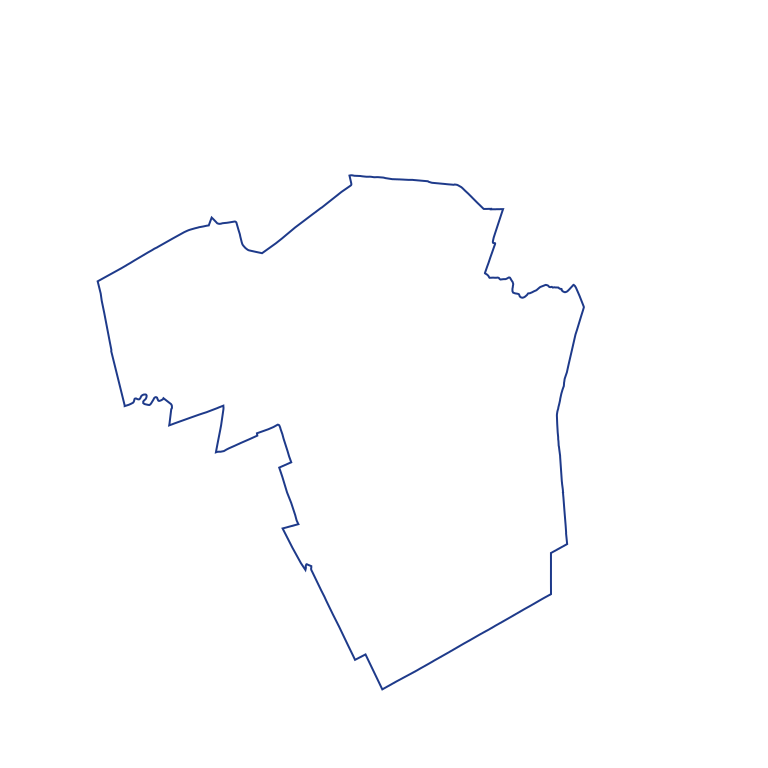 outline of Iepuresti, Giurgiu, Romania, rotated 318°
{"feature_id": "2599482B53463845367908", "entity_name": "Iepuresti", "entity_type": "district", "adm_level": 2, "iso_a3": "ROU", "parent_name": "Romania", "parent_adm1": "Giurgiu", "projection": "robinson", "projection_center": [25.884, 44.251], "detail": "fine", "context": "isolated", "style": "outline", "palette": "blue", "viewbox_px": 768, "rotation_deg": 318, "n_neighbors": 0, "source": "geoboundaries", "source_scale": "gbopen_adm2", "svg_char_len": 6142}
<svg xmlns="http://www.w3.org/2000/svg" viewBox="0 0 768 768"><g transform="rotate(318 384 384)"><path d="M359.5,650.0L367.5,651.9L375.9,642.5L387.0,630.2L395.0,621.3L413.0,625.5L419.3,616.9L420.0,616.2L424.3,610.7L432.0,600.6L434.3,597.6L441.4,588.4L442.5,586.9L444.1,584.8L444.3,584.4L444.6,584.4L445.0,583.7L445.9,582.6L447.1,580.9L449.7,577.1L450.0,576.8L450.4,576.2L451.1,575.2L454.4,571.0L465.9,556.3L466.9,555.1L470.4,550.0L472.3,547.3L472.4,546.9L473.8,545.2L475.4,543.2L476.5,541.6L477.9,540.0L480.7,536.2L485.9,529.7L487.9,527.3L489.4,525.5L491.4,523.1L492.3,522.2L494.5,520.4L496.2,519.3L496.8,519.0L498.0,518.0L500.7,516.2L503.8,514.0L505.1,512.9L508.0,510.8L509.4,509.8L511.2,508.7L512.8,507.7L515.0,506.5L516.2,505.9L517.6,504.6L518.1,504.1L518.7,503.5L519.9,502.6L520.2,502.3L520.7,501.9L521.5,501.2L522.0,500.9L523.0,500.3L523.4,500.1L524.8,499.3L527.7,497.7L530.9,495.4L533.7,493.4L548.4,483.1L556.5,477.4L559.5,475.3L563.5,473.0L576.4,465.2L581.0,462.5L582.6,461.5L583.9,460.7L584.1,460.4L584.4,459.7L588.3,449.3L591.1,440.9L591.5,438.8L591.3,437.7L591.3,437.2L591.1,437.1L584.6,437.7L582.3,437.8L581.1,437.5L579.9,436.9L579.4,436.1L578.9,434.8L578.8,433.7L578.9,433.0L579.4,432.6L579.5,432.2L579.3,431.9L578.5,431.0L578.2,430.1L578.1,429.0L577.7,428.6L577.2,428.1L576.1,427.1L575.3,426.1L574.7,425.7L574.0,425.3L573.9,425.0L573.7,424.1L572.4,423.3L572.0,422.8L571.7,422.0L571.8,421.2L571.7,420.5L571.3,419.7L570.7,418.8L570.4,418.5L568.8,417.9L565.1,416.5L564.1,416.4L560.0,416.3L557.3,415.4L555.6,415.0L553.0,414.1L552.4,413.6L552.0,413.3L551.6,413.1L550.0,413.5L548.0,413.5L546.6,413.4L545.5,413.0L544.7,412.6L543.9,411.6L543.6,410.6L543.5,409.8L543.9,408.9L544.2,407.9L544.3,407.5L544.0,406.9L543.4,406.0L542.1,404.4L541.6,403.5L541.1,402.5L541.4,401.5L541.5,401.1L542.4,400.0L543.4,399.0L544.4,398.3L545.4,397.4L546.7,396.4L547.1,395.9L547.9,394.1L548.1,392.3L548.4,391.1L548.5,390.4L548.6,390.0L548.7,389.6L548.7,389.2L548.4,388.7L548.1,388.4L547.5,388.2L546.3,388.0L544.7,387.5L544.4,387.3L543.3,386.3L541.5,385.0L540.7,384.5L540.5,384.3L540.3,383.9L540.2,383.3L540.3,382.1L540.1,381.6L539.7,381.0L539.0,380.5L538.3,380.0L537.4,379.1L535.8,377.6L533.5,375.7L533.5,375.3L533.6,374.9L533.9,373.6L533.9,372.6L533.8,371.6L533.1,369.3L533.2,369.1L533.4,369.0L539.2,365.8L542.8,363.9L547.9,361.0L552.7,358.4L557.6,355.7L559.9,354.5L560.5,354.1L560.7,353.8L560.7,353.6L560.4,353.2L560.0,352.9L559.7,352.5L559.5,352.0L559.7,351.6L560.0,351.2L561.5,350.0L563.5,348.6L567.1,346.5L582.1,337.9L585.4,336.0L589.5,333.7L580.3,325.7L580.7,325.4L575.5,320.9L575.3,320.7L575.2,320.3L574.6,311.3L574.4,307.3L574.0,299.0L573.6,294.7L573.4,291.2L573.2,289.5L572.5,287.4L572.0,285.9L571.5,284.8L570.0,283.0L569.2,282.7L567.9,281.3L564.7,277.9L563.0,276.0L554.6,266.9L554.1,266.3L552.9,264.3L552.4,263.4L552.3,262.7L552.0,262.4L542.4,252.1L541.9,251.5L538.8,248.7L536.6,246.5L533.0,242.9L527.2,237.3L524.1,233.5L522.8,231.9L521.9,230.5L521.3,229.8L517.9,226.2L517.6,225.9L515.3,224.0L514.9,223.6L513.5,221.9L513.0,221.3L511.9,220.2L509.7,218.3L506.9,215.2L505.5,213.5L501.4,209.5L499.8,207.4L498.7,206.5L497.8,206.0L494.1,212.7L493.5,213.6L493.2,213.9L492.9,214.1L492.5,214.2L491.8,214.2L487.1,213.6L481.0,212.8L455.6,211.2L455.3,211.1L454.8,211.0L442.5,209.9L434.0,209.2L422.6,208.2L416.7,208.0L411.7,207.8L405.7,207.6L397.8,207.1L380.9,205.2L379.9,203.8L377.2,200.1L373.0,194.2L372.5,193.0L372.0,190.2L372.0,188.5L372.0,187.3L372.1,186.1L372.3,185.3L372.7,184.4L373.2,183.3L375.8,178.4L377.1,176.2L378.9,172.3L382.3,165.3L382.4,164.9L382.3,164.4L382.2,163.9L381.7,163.3L380.6,162.6L376.8,160.2L375.0,159.0L373.0,157.5L372.0,156.8L371.3,156.3L370.7,156.1L369.9,155.6L369.1,155.1L368.6,154.5L368.2,154.1L368.0,153.7L367.8,153.3L367.6,152.9L367.6,151.6L367.5,148.1L367.3,145.0L361.2,148.2L359.9,148.9L358.1,147.7L355.1,146.0L351.4,143.7L350.5,143.3L347.7,141.8L343.4,139.7L341.8,139.0L340.4,138.5L337.2,137.5L324.3,134.5L307.2,130.7L306.9,130.7L303.9,129.8L301.0,129.3L297.1,128.4L281.2,125.2L276.3,124.3L272.1,123.4L271.1,123.3L270.9,123.2L266.6,122.3L260.1,120.8L246.4,117.6L239.9,116.1L239.6,116.7L234.0,127.2L229.9,133.3L223.7,143.9L213.0,161.6L208.4,169.2L204.1,176.4L203.3,177.0L177.0,226.3L176.5,226.9L180.7,228.8L183.4,229.6L185.1,230.0L186.3,229.7L187.6,228.9L188.4,228.3L188.9,228.2L189.4,228.3L190.1,228.9L190.6,230.2L191.2,231.1L192.1,231.7L193.6,231.4L195.4,230.6L197.0,230.6L198.4,231.1L199.7,232.1L200.1,232.9L199.7,234.0L198.3,235.1L196.7,235.7L194.5,235.7L193.4,235.9L192.3,237.1L192.6,238.6L193.6,240.1L194.9,241.9L195.6,242.6L196.6,242.8L197.9,242.6L202.3,241.3L203.7,240.7L204.7,240.7L205.4,240.9L205.9,241.4L206.2,242.3L205.7,243.5L205.3,244.7L205.2,245.6L205.8,246.3L207.2,246.9L209.4,247.4L210.6,247.0L212.3,256.5L212.0,257.9L210.8,259.5L209.9,260.2L209.1,260.3L198.1,269.9L196.7,271.0L197.9,271.5L199.6,272.2L201.7,273.0L206.6,275.0L211.7,277.1L216.1,278.9L218.3,279.8L226.0,283.0L229.9,284.7L233.2,286.2L239.7,288.7L244.6,290.6L244.8,290.6L250.1,292.6L249.7,293.1L248.8,294.3L247.8,295.3L235.3,305.7L231.1,308.9L223.1,314.9L219.0,318.0L214.8,321.2L213.4,322.3L214.6,322.8L216.1,323.9L217.1,324.9L220.1,326.7L221.0,326.9L223.0,327.3L225.6,328.0L229.0,329.1L231.1,329.8L237.8,331.9L246.8,334.9L255.3,337.6L256.6,335.6L260.9,337.4L267.7,340.2L273.0,342.0L277.8,343.1L278.3,343.8L278.5,344.6L277.8,346.7L276.9,348.5L274.9,353.3L272.8,357.4L267.4,369.4L265.0,374.4L262.7,380.1L250.2,376.0L246.3,385.0L239.4,399.7L235.5,410.2L230.2,422.2L229.0,424.5L227.7,427.1L226.6,430.9L212.0,423.5L206.4,444.4L202.4,461.5L201.2,469.6L202.9,468.4L204.1,466.8L205.1,466.3L205.8,466.1L206.1,466.4L206.6,467.6L208.1,470.7L207.1,471.8L206.1,472.6L205.7,473.3L205.5,473.7L204.9,475.9L199.4,494.8L199.3,495.1L197.4,502.2L196.1,506.3L191.8,521.2L188.8,532.3L188.6,532.9L188.6,533.1L182.3,554.5L179.2,565.3L177.9,569.6L189.3,572.6L178.4,609.8L194.3,613.4L216.8,618.9L220.7,619.7L229.5,621.7L235.1,622.9L235.3,622.9L251.0,626.4L269.5,630.3L276.5,631.9L281.6,633.0L287.7,634.3L294.6,635.9L296.1,636.3L304.1,638.0L304.3,638.0L317.3,640.9L337.5,645.2L343.6,646.6L355.8,649.2L359.5,650.0Z" fill="none" stroke="#1e3a8a" stroke-width="2"/></g></svg>